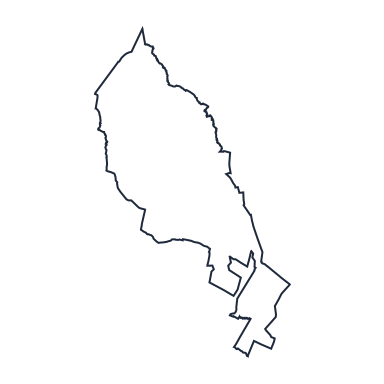 Otzolotepec, México, Mexico, rotated 279°
{"feature_id": "50627088B76807982873718", "entity_name": "Otzolotepec", "entity_type": "district", "adm_level": 2, "iso_a3": "MEX", "parent_name": "Mexico", "parent_adm1": "México", "projection": "mercator", "projection_center": [-99.535, 19.444], "detail": "fine", "context": "isolated", "style": "outline", "palette": "slate", "viewbox_px": 384, "rotation_deg": 279, "n_neighbors": 0, "source": "geoboundaries", "source_scale": "gbopen_adm2", "svg_char_len": 6029}
<svg xmlns="http://www.w3.org/2000/svg" viewBox="0 0 384 384"><g transform="rotate(279 192 192)"><path d="M259.6,83.8L259.7,84.1L257.9,86.4L256.2,87.8L255.4,88.0L254.7,88.4L253.8,88.6L251.5,89.7L249.5,90.1L248.8,90.4L247.5,90.6L246.0,90.3L245.6,90.9L245.4,90.7L245.3,90.3L244.7,90.4L244.1,90.5L243.3,91.1L243.1,90.9L241.1,90.6L240.2,89.6L239.4,89.4L238.7,89.9L238.7,91.1L238.1,92.5L237.8,93.5L237.2,95.2L237.5,95.5L237.5,95.8L236.6,96.1L235.7,97.0L235.4,97.1L235.1,97.0L234.9,97.1L234.9,97.5L234.5,98.0L232.9,98.4L231.8,98.0L230.8,98.7L230.1,98.8L229.2,99.4L228.6,100.4L227.7,100.4L227.5,100.2L227.2,99.4L226.9,99.3L226.7,99.3L226.9,99.6L226.2,99.9L225.9,99.6L225.3,99.9L225.0,100.3L224.0,99.7L223.1,99.6L222.6,99.4L222.2,99.7L221.0,100.1L220.2,100.9L219.6,101.0L217.2,100.9L216.4,100.8L215.5,101.6L213.5,102.3L213.2,102.3L212.8,102.0L212.0,102.4L209.3,103.0L208.5,103.3L205.3,103.9L204.4,103.7L203.7,103.8L203.1,103.8L200.9,104.2L199.8,104.1L199.3,105.5L198.9,109.0L198.0,112.4L196.6,113.3L194.2,114.3L191.4,114.9L190.0,116.6L188.4,116.7L184.4,118.1L181.2,121.0L174.5,128.4L173.8,130.6L174.2,133.4L168.3,141.8L167.8,143.6L167.3,148.4L165.8,148.4L152.9,147.5L151.1,147.6L146.9,147.4L146.6,147.6L146.2,148.7L145.2,150.7L144.6,152.9L143.6,153.9L143.2,154.8L143.5,155.6L143.1,157.0L142.9,158.6L141.5,160.5L139.7,161.5L137.4,165.0L136.5,167.0L136.8,167.6L137.9,172.0L138.8,174.8L139.7,176.4L140.5,178.5L142.0,179.6L142.3,180.6L142.4,182.2L142.6,182.7L142.3,183.4L142.6,186.2L143.1,187.0L142.8,190.4L144.0,190.5L143.8,196.4L143.6,196.8L143.8,197.9L143.2,200.9L142.9,201.9L142.9,205.8L142.3,208.6L141.7,209.9L141.1,211.1L140.7,212.4L140.5,213.4L140.4,215.4L138.6,218.7L135.4,218.2L135.3,218.6L134.3,218.9L131.7,219.2L126.0,219.0L122.8,218.7L121.6,218.7L122.5,223.7L120.9,224.5L119.6,225.4L118.9,225.6L116.7,223.8L116.9,223.7L105.4,223.4L100.1,238.7L95.9,249.3L102.7,252.3L115.1,253.6L120.7,241.0L124.8,239.3L125.2,239.5L128.3,241.5L133.6,239.5L134.5,238.9L132.7,242.2L132.1,243.8L132.4,245.5L132.2,246.0L129.7,251.5L127.0,258.2L134.1,259.0L142.8,259.7L142.9,259.8L140.7,262.1L136.9,261.8L133.8,264.8L127.7,265.5L127.1,266.7L125.0,265.8L124.1,265.9L124.0,266.0L93.8,253.4L84.7,253.8L84.2,254.0L82.5,254.3L80.8,254.0L80.1,253.7L78.7,252.8L78.3,251.1L77.4,249.2L76.1,248.7L75.3,252.2L75.8,252.4L74.0,257.4L76.4,258.4L75.7,258.8L75.4,259.4L75.9,259.6L75.5,261.2L75.2,261.1L75.0,261.6L75.6,261.7L75.1,263.1L75.9,263.4L75.4,264.9L76.2,265.2L75.6,266.7L76.0,266.8L75.5,268.1L76.3,268.5L75.9,269.7L55.5,261.8L50.0,259.8L46.6,258.4L46.5,258.2L45.5,257.8L45.5,258.2L45.3,258.6L43.8,260.6L43.8,260.8L43.9,261.1L44.5,261.5L44.6,261.9L42.5,265.6L42.6,266.1L42.5,266.3L42.3,266.7L41.5,267.4L41.4,267.7L41.5,268.9L41.5,269.8L41.2,270.5L38.8,271.9L38.6,272.1L38.5,272.8L38.8,272.7L54.6,276.5L52.4,283.8L49.6,294.7L53.2,295.5L53.7,295.7L57.2,296.4L60.3,296.6L61.1,293.1L61.4,292.6L62.7,292.0L66.3,287.5L67.5,286.2L68.2,285.7L81.7,294.3L84.3,294.1L92.3,291.7L99.2,294.3L104.8,296.1L106.3,296.8L115.9,303.1L116.1,303.0L120.8,294.4L130.5,278.0L130.4,277.9L132.1,275.1L132.5,272.6L133.0,271.9L134.0,271.7L134.1,271.2L143.6,271.0L156.5,263.9L167.3,258.2L173.2,255.7L178.6,253.8L178.3,253.2L187.0,245.0L188.0,245.5L190.2,244.9L191.8,244.3L199.6,242.7L198.6,238.9L204.0,236.5L203.2,234.2L204.9,233.6L207.2,231.3L210.9,228.5L212.5,226.9L215.1,223.0L215.9,224.6L216.2,225.0L216.6,225.7L216.6,227.2L223.8,224.8L226.7,224.3L236.8,223.5L237.3,219.0L237.4,217.1L236.7,216.7L236.2,213.2L238.0,214.4L238.8,214.3L239.6,214.8L239.9,214.7L240.0,214.4L240.9,214.2L241.6,213.9L242.2,212.5L242.6,212.2L243.3,212.2L244.1,210.7L244.6,210.5L244.6,210.3L244.4,209.7L244.9,209.1L245.4,209.3L246.6,209.1L247.0,208.7L246.8,208.5L247.4,208.1L247.7,208.6L248.4,208.4L248.9,207.8L249.2,207.7L250.1,207.2L251.9,207.1L254.4,206.0L255.0,206.5L255.3,206.5L255.8,206.0L256.7,206.5L257.9,205.9L258.3,206.3L259.1,205.4L259.5,204.4L260.6,202.9L261.7,202.4L262.1,203.0L262.5,203.0L262.8,202.8L262.7,202.6L262.8,202.5L264.4,202.0L264.6,202.2L265.2,202.1L266.3,201.7L266.3,200.9L266.8,200.9L266.5,200.2L267.1,200.1L267.4,200.5L267.8,200.3L268.1,200.3L268.3,199.9L268.8,199.9L269.6,199.3L269.7,198.6L270.3,198.4L270.6,198.0L270.2,197.3L269.6,197.5L269.3,196.1L268.6,194.9L269.8,194.3L270.2,194.7L271.1,194.9L271.6,194.3L272.1,194.4L273.1,193.9L273.1,193.3L273.6,192.7L273.7,191.7L274.7,191.6L275.2,192.0L275.0,192.8L277.1,193.3L278.3,194.6L278.7,194.5L279.1,194.6L280.5,191.5L280.4,190.4L281.0,189.5L281.1,189.0L280.5,188.7L280.4,188.5L280.4,187.4L280.1,187.2L280.8,185.9L281.4,185.7L281.2,185.2L282.2,184.6L282.4,183.9L283.7,182.6L285.1,182.0L285.6,182.0L285.7,181.2L286.6,180.1L287.6,179.6L288.6,178.3L290.3,174.8L291.5,171.8L291.7,170.8L291.3,170.5L291.0,170.0L291.6,169.7L291.5,169.4L291.7,168.4L292.2,167.6L292.6,167.3L293.1,166.1L293.2,165.4L294.0,164.5L294.2,164.0L294.6,162.1L294.5,160.4L294.7,160.0L293.6,158.9L293.3,156.9L293.9,155.1L293.8,154.6L294.0,153.4L294.5,152.7L294.3,152.2L294.6,151.9L295.8,152.3L296.9,151.2L297.7,150.9L297.6,150.4L298.0,150.2L298.7,150.5L299.7,149.9L300.0,150.1L302.1,149.5L302.5,149.7L303.5,149.7L304.6,148.6L304.9,148.5L305.2,148.6L305.9,148.2L306.3,148.2L306.7,147.8L307.6,147.8L307.8,147.1L308.3,147.1L309.7,145.7L309.8,145.4L310.4,145.5L310.6,145.1L310.2,144.5L310.2,144.1L310.5,143.8L311.9,143.6L312.5,142.8L313.2,142.5L314.1,140.6L313.9,139.9L315.1,138.6L315.9,138.0L316.1,137.6L316.4,137.7L316.7,137.0L317.3,137.1L317.6,136.5L318.2,136.6L318.8,135.6L320.6,134.9L320.8,133.3L321.8,132.9L322.4,131.5L323.3,130.7L324.7,130.9L325.7,130.7L326.3,131.0L327.0,131.0L327.3,131.3L327.7,131.0L328.1,131.4L328.7,130.7L329.5,130.5L329.3,128.7L330.0,126.7L330.5,126.2L330.3,125.6L330.8,124.4L330.4,123.5L330.6,123.3L330.5,122.8L330.6,122.5L331.0,122.6L331.8,122.2L343.8,118.0L345.3,117.6L345.5,117.5L321.0,110.3L319.9,107.7L318.6,105.8L317.7,104.8L316.5,103.7L313.6,101.5L309.7,99.8L309.0,99.2L309.0,98.7L308.2,98.4L274.7,81.0L273.6,80.9L273.5,81.7L273.1,83.2L272.6,83.6L272.2,83.7L270.0,83.9L259.6,83.8Z" fill="none" stroke="#1e293b" stroke-width="2"/></g></svg>